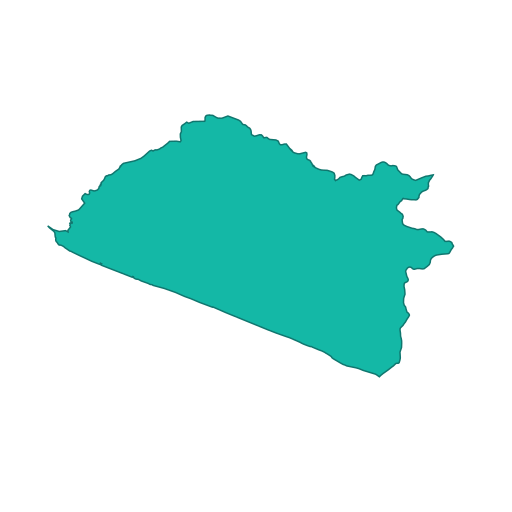 Seluma, Bengkulu, Indonesia (Albers equal-area conic projection), rotated 345°
{"feature_id": "22746128B87861638449066", "entity_name": "Seluma", "entity_type": "district", "adm_level": 2, "iso_a3": "IDN", "parent_name": "Indonesia", "parent_adm1": "Bengkulu", "projection": "albers", "projection_center": [102.762, -4.08], "detail": "fine", "context": "isolated", "style": "filled", "palette": "teal", "viewbox_px": 512, "rotation_deg": 345, "n_neighbors": 0, "source": "geoboundaries", "source_scale": "gbopen_adm2", "svg_char_len": 6102}
<svg xmlns="http://www.w3.org/2000/svg" viewBox="0 0 512 512"><g transform="rotate(345 256 256)"><path d="M449.4,297.6L449.1,296.4L448.7,295.3L448.6,293.7L447.6,292.5L446.5,291.7L446.1,291.7L445.6,291.4L443.9,291.3L443.4,291.0L442.4,290.8L441.4,288.6L439.5,285.6L435.6,280.8L433.9,279.2L432.1,278.1L431.5,278.1L428.3,277.3L427.8,277.1L427.5,276.8L426.6,274.9L425.4,273.7L424.4,273.0L422.8,272.7L419.7,272.5L418.3,272.1L417.5,271.6L416.5,270.8L414.7,269.9L414.4,269.9L409.4,266.6L407.0,264.6L406.7,264.1L406.6,263.7L406.3,263.5L406.0,262.6L406.5,258.7L407.6,257.6L408.4,255.7L408.2,253.9L408.1,253.4L407.2,252.5L406.3,251.0L404.1,248.2L404.0,246.8L404.2,245.5L404.8,244.3L405.1,243.5L406.5,243.0L409.4,240.7L410.9,240.3L412.7,238.5L413.4,238.6L413.5,239.0L415.7,239.7L419.2,241.3L421.1,242.0L423.4,242.6L424.7,243.1L425.6,243.2L426.0,243.0L426.6,243.1L427.0,242.6L427.9,242.1L427.9,241.9L428.5,241.6L429.0,240.2L429.8,238.9L432.5,237.1L434.3,236.6L436.7,236.4L437.9,236.1L439.5,235.4L440.3,233.6L440.6,233.5L440.8,233.2L441.0,231.5L441.3,230.5L441.4,229.9L442.0,229.3L443.3,227.7L444.8,226.7L448.0,223.8L448.2,223.5L445.5,223.3L443.3,223.3L440.7,222.9L436.1,223.4L429.8,224.3L428.9,223.8L426.9,222.3L426.1,221.3L425.4,219.4L424.6,218.0L424.0,217.4L423.0,216.6L419.2,215.1L418.2,214.5L417.7,213.9L415.2,209.5L414.9,206.3L414.7,205.7L413.6,204.9L412.0,204.2L411.3,204.0L410.2,204.0L409.4,203.8L407.7,202.8L406.9,201.8L406.4,200.8L405.3,199.4L404.0,198.4L402.8,198.0L401.3,198.0L397.9,198.8L395.9,199.2L394.5,200.3L393.2,203.2L391.5,205.2L390.9,206.2L390.1,207.2L389.6,207.6L388.5,207.9L385.1,207.0L383.1,207.0L381.6,206.5L379.9,206.1L378.7,207.3L377.4,209.1L375.4,209.5L372.4,205.8L371.2,204.0L369.1,202.0L367.5,201.1L364.0,201.1L362.0,201.8L360.2,201.7L357.5,201.8L356.0,202.8L355.0,203.2L353.2,203.6L352.6,203.3L352.3,203.6L351.7,202.3L352.5,200.4L353.0,198.6L352.9,196.3L352.5,195.7L351.2,194.4L349.1,193.0L347.0,191.7L343.5,190.6L341.3,189.8L339.3,188.6L336.1,186.0L334.6,184.1L335.3,184.1L334.0,182.2L333.9,181.0L333.3,179.6L333.2,178.5L332.5,177.4L331.2,176.5L330.3,175.4L330.2,174.3L330.6,172.9L331.4,171.4L331.7,169.6L330.8,168.7L324.6,168.6L322.8,168.1L319.8,166.3L318.6,165.2L318.0,163.2L317.8,162.9L317.8,163.4L317.6,163.5L316.5,161.2L314.3,155.7L312.2,155.2L311.0,155.3L308.8,155.1L308.1,154.5L307.6,153.6L307.2,150.8L305.3,149.1L299.3,146.9L298.0,145.5L297.8,145.0L297.1,144.2L295.1,143.9L294.3,144.0L293.8,143.1L293.6,142.2L292.6,140.4L290.7,139.8L286.9,140.0L286.5,139.9L285.4,139.9L284.4,138.8L284.0,138.6L283.2,137.6L283.1,137.1L283.6,133.9L283.5,132.3L283.0,131.0L282.6,130.5L281.8,129.8L281.0,128.8L280.6,127.9L279.6,126.6L277.4,125.6L277.0,124.9L275.9,121.9L274.4,120.2L265.1,113.5L258.8,114.1L254.9,113.0L253.2,111.6L250.7,109.0L247.7,108.0L248.2,107.9L246.5,107.6L244.9,107.4L243.7,107.8L242.7,109.0L241.9,111.8L241.3,112.6L230.1,109.8L225.4,110.4L223.7,108.8L221.6,109.7L218.4,110.8L217.2,112.1L216.1,116.6L214.5,118.5L213.7,121.8L213.5,125.1L212.4,126.1L208.8,124.5L202.2,122.9L199.9,124.2L193.9,126.8L192.2,127.0L190.5,127.7L187.8,127.9L186.0,127.4L183.7,127.9L182.4,126.8L180.4,127.1L173.8,130.5L170.2,131.9L163.6,132.7L152.0,132.2L150.1,133.0L147.6,135.0L147.6,134.8L146.6,136.0L146.3,136.2L146.3,136.4L142.1,137.9L139.2,139.3L137.3,139.9L135.9,139.9L135.0,139.6L132.9,140.1L132.2,139.8L130.9,140.5L129.8,142.0L128.9,143.0L128.3,143.5L125.4,145.1L125.3,146.1L124.3,146.5L124.6,147.2L124.0,148.0L123.3,147.8L122.5,148.4L121.6,150.1L119.9,151.2L117.5,151.4L116.3,151.2L113.5,149.5L112.4,149.6L111.6,150.7L111.7,152.0L111.0,153.0L110.6,153.2L109.8,153.2L108.8,152.9L107.7,152.1L107.1,151.5L103.9,153.3L102.4,155.7L104.2,160.6L97.3,165.2L96.4,165.6L93.1,165.9L90.9,165.8L88.7,165.9L87.2,166.7L86.8,167.6L86.0,168.6L86.5,170.8L86.9,171.4L87.5,171.8L87.4,172.4L86.3,173.3L86.1,173.9L86.1,174.4L86.4,175.3L86.6,175.5L87.2,175.7L87.1,176.5L86.9,176.7L86.6,176.8L85.7,176.0L85.1,176.0L84.6,176.2L84.8,177.2L84.1,178.3L84.4,179.3L84.3,180.0L81.0,182.5L80.7,184.1L78.6,182.2L72.3,181.4L66.8,178.0L62.6,173.0L63.8,175.3L67.2,180.0L67.7,181.6L67.1,185.1L67.1,186.2L67.4,186.9L66.8,188.2L66.6,189.5L66.9,190.6L67.4,191.3L67.9,193.1L68.7,194.5L69.7,194.7L71.0,195.5L72.6,197.0L73.8,198.8L74.8,199.9L77.4,203.0L78.4,203.5L80.1,205.1L85.9,210.1L90.0,213.5L96.0,218.6L102.8,223.6L103.6,223.4L103.9,222.7L104.8,223.6L104.3,223.8L103.8,224.1L104.0,224.7L131.0,244.5L131.6,243.9L132.2,244.3L132.3,245.2L132.6,246.0L134.2,247.3L136.3,248.1L138.7,250.4L144.8,254.6L146.4,256.1L147.7,256.6L148.4,256.9L148.9,257.7L159.0,263.6L168.9,270.4L176.6,276.6L181.8,280.2L189.6,286.3L200.7,294.2L201.1,294.0L212.1,302.8L248.3,330.3L255.8,335.8L264.1,341.5L267.3,343.6L277.0,351.4L277.0,351.6L279.0,353.3L282.1,355.6L284.9,357.5L286.1,357.8L286.7,358.5L292.4,362.9L295.0,364.7L297.5,366.9L298.4,368.0L299.2,368.7L302.3,372.1L302.6,372.5L303.1,374.0L304.2,375.4L309.9,381.2L312.3,383.5L313.0,383.8L315.3,385.7L323.7,389.9L326.2,391.4L330.0,394.3L340.9,401.1L342.1,402.4L343.9,404.6L345.4,403.7L348.5,402.3L349.7,401.9L354.5,400.1L358.4,398.4L360.3,397.7L363.1,396.1L363.7,396.0L365.8,396.4L366.2,396.3L366.7,396.0L368.0,393.9L368.8,392.3L369.1,391.4L370.2,386.1L372.9,382.0L374.1,378.1L374.7,375.7L374.9,373.6L374.9,370.9L375.6,367.8L375.9,365.0L376.3,363.6L377.1,362.7L380.1,361.0L381.5,359.7L383.3,358.4L385.1,356.5L387.8,354.1L388.8,353.0L388.9,352.4L388.6,351.2L388.4,350.7L387.3,349.2L387.2,345.9L387.3,344.0L386.4,341.9L386.4,339.2L387.6,335.3L388.6,333.6L390.0,331.5L390.4,329.6L390.9,327.0L391.1,323.5L391.9,321.3L392.4,320.7L392.9,320.4L395.1,320.0L395.9,319.7L396.4,319.2L396.9,318.4L396.9,317.0L396.4,314.7L396.5,311.6L396.5,310.0L396.8,309.0L397.3,308.4L399.2,306.8L400.4,306.4L401.6,306.4L402.4,306.8L403.2,307.4L403.8,308.6L404.6,309.4L405.6,309.8L408.4,309.8L410.8,310.4L412.0,311.0L413.6,311.6L415.1,311.8L418.8,310.3L421.2,309.1L422.6,307.3L423.5,305.1L423.9,304.6L424.9,303.6L426.7,302.7L428.7,302.0L430.5,301.8L431.6,301.9L436.1,302.4L441.5,303.4L442.5,303.5L443.1,303.4L443.9,302.8L446.3,300.3L447.9,299.1L449.1,297.8L449.4,297.6Z" fill="#14b8a6" stroke="#0f766e" stroke-width="1.5"/></g></svg>